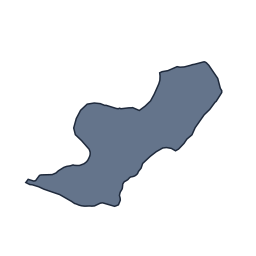 outline of San Francisco El Alto, Totonicapán, Guatemala, rotated 294°
{"feature_id": "79465075B12043571614717", "entity_name": "San Francisco El Alto", "entity_type": "district", "adm_level": 2, "iso_a3": "GTM", "parent_name": "Guatemala", "parent_adm1": "Totonicapán", "projection": "albers", "projection_center": [-91.49, 14.976], "detail": "fine", "context": "isolated", "style": "filled", "palette": "slate", "viewbox_px": 256, "rotation_deg": 294, "n_neighbors": 0, "source": "geoboundaries", "source_scale": "gbopen_adm2", "svg_char_len": 1736}
<svg xmlns="http://www.w3.org/2000/svg" viewBox="0 0 256 256"><g transform="rotate(294 128 128)"><path d="M36.6,56.8L36.4,61.3L37.2,63.6L38.0,70.4L37.9,76.1L39.3,91.7L39.4,92.6L38.0,106.3L37.3,109.9L37.5,111.0L37.6,112.6L37.6,114.4L38.0,117.0L38.8,119.7L39.2,120.7L40.3,122.9L41.2,124.7L41.9,126.7L43.2,129.1L48.1,133.3L49.3,135.2L51.0,147.6L52.1,148.8L53.9,150.5L57.8,150.4L59.0,150.3L60.8,149.3L61.9,148.4L62.9,147.6L64.7,147.2L66.4,147.0L69.7,147.4L70.7,147.3L73.3,146.5L74.6,146.0L76.9,146.3L77.8,146.7L78.6,147.4L79.5,148.0L80.5,148.7L81.5,149.1L82.5,149.4L83.3,149.7L84.2,150.2L84.8,151.0L85.6,152.2L86.8,153.5L87.8,154.2L88.7,154.7L89.7,155.1L90.8,155.3L91.5,155.2L92.8,155.3L96.7,156.3L101.5,155.8L111.1,159.8L117.8,163.4L123.9,167.9L125.8,171.1L127.0,175.9L126.5,180.7L129.4,182.8L136.7,185.4L141.8,186.3L147.8,189.2L155.6,189.2L171.0,192.2L178.2,195.1L186.9,197.0L188.2,197.7L198.5,199.2L200.2,198.5L201.8,196.2L209.8,189.8L218.2,176.2L218.9,174.4L219.4,173.2L219.6,172.0L219.5,170.8L219.0,170.0L213.3,162.9L212.1,161.1L210.7,159.6L206.7,154.6L204.7,150.8L204.0,147.9L196.6,141.1L193.3,136.2L191.3,134.5L188.6,136.1L184.6,137.7L180.9,138.2L169.4,138.2L161.9,137.6L160.2,136.9L155.0,134.8L148.6,131.2L148.5,123.9L147.9,123.0L146.6,120.3L142.7,113.7L142.7,112.3L141.6,111.2L141.1,109.4L139.8,98.6L139.2,97.7L139.0,92.8L137.1,87.0L133.2,81.0L124.9,77.5L115.6,76.9L105.9,78.4L100.5,82.6L97.6,90.7L92.8,101.1L91.7,102.2L90.6,103.2L88.7,104.1L86.8,104.5L84.9,104.5L82.4,104.4L80.3,103.9L77.5,102.4L74.1,99.0L73.0,96.6L72.1,94.2L71.9,92.8L70.0,90.7L68.0,87.6L65.9,85.4L60.6,81.8L57.6,80.5L54.6,77.7L50.0,68.1L49.3,67.0L48.6,66.4L42.3,65.0L41.2,63.5L40.5,57.7L36.6,56.8Z" fill="#64748b" stroke="#1e293b" stroke-width="1.5"/></g></svg>